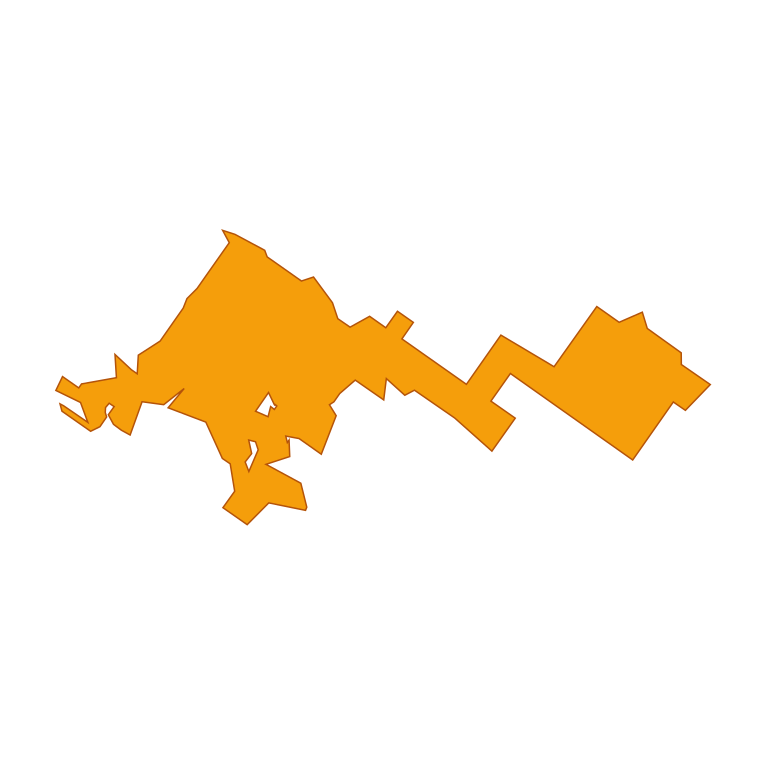 outline of Denver, Colorado, United States of America, rotated 35°
{"feature_id": "52423323B36183009250393", "entity_name": "Denver", "entity_type": "district", "adm_level": 2, "iso_a3": "USA", "parent_name": "United States of America", "parent_adm1": "Colorado", "projection": "equal_earth", "projection_center": [-104.927, 39.764], "detail": "fine", "context": "isolated", "style": "filled", "palette": "amber", "viewbox_px": 768, "rotation_deg": 35, "n_neighbors": 0, "source": "geoboundaries", "source_scale": "gbopen_adm2", "svg_char_len": 1600}
<svg xmlns="http://www.w3.org/2000/svg" viewBox="0 0 768 768"><g transform="rotate(35 384 384)"><path d="M176.1,346.9L163.7,350.7L176.2,357.0L176.1,395.8L176.1,412.9L173.6,427.0L176.0,437.0L176.0,467.2L176.0,477.2L166.2,501.3L176.0,517.2L168.8,517.2L146.7,514.1L161.2,532.3L136.2,557.4L136.2,562.3L135.7,562.3L116.4,562.3L118.9,577.5L146.0,573.2L163.4,585.3L134.0,585.6L130.0,586.1L135.8,591.0L170.8,591.0L175.8,581.9L175.7,570.1L172.0,567.2L169.4,563.0L169.9,557.4L175.9,557.3L175.8,567.3L185.6,572.2L195.3,572.5L205.3,571.4L196.0,537.3L215.4,527.3L222.9,502.3L220.8,527.3L259.9,517.4L294.3,537.7L303.8,537.6L323.2,557.5L323.0,577.7L352.6,577.7L357.8,547.5L392.2,532.5L391.4,529.2L372.8,513.0L333.4,517.5L348.4,497.5L338.4,484.4L338.4,484.7L339.1,485.6L338.4,485.6L338.4,487.4L333.4,483.0L345.7,477.4L372.9,477.5L363.0,437.4L351.2,432.3L353.2,427.3L353.2,417.2L358.2,397.3L392.9,397.2L382.8,378.2L407.5,381.3L412.5,371.6L461.4,371.3L510.9,377.1L511.1,336.7L481.4,336.7L481.5,302.9L631.3,303.6L631.3,232.8L646.0,232.7L651.6,197.3L616.4,197.5L609.6,188.0L567.8,187.5L554.4,177.0L541.2,198.6L521.7,198.5L513.9,198.5L513.4,272.3L451.7,276.9L451.7,337.0L372.8,336.8L372.7,316.7L353.3,316.7L353.2,336.9L333.4,336.8L323.6,356.9L308.7,357.0L295.2,347.0L264.9,336.8L257.3,347.0L215.4,346.9L209.6,342.9L176.1,346.9ZM294.4,480.0L294.3,457.2L306.0,463.8L306.5,463.9L306.5,463.3L307.4,463.3L307.4,463.5L308.8,463.5L308.8,467.7L304.1,467.5L307.8,477.3L294.4,480.0ZM305.3,507.5L311.9,505.0L318.7,510.1L323.5,533.2L315.0,527.5L315.5,516.9L305.3,507.5Z" fill="#f59e0b" stroke="#b45309" stroke-width="1.5"/></g></svg>